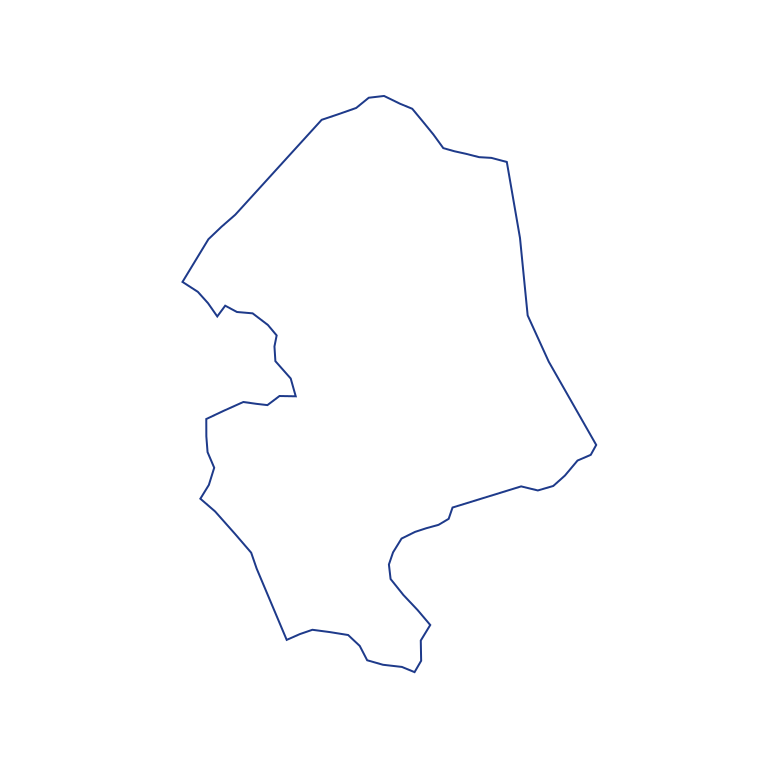 Muniz Ferreira, Bahia, Brazil, rotated 323°
{"feature_id": "56859067B35169228212454", "entity_name": "Muniz Ferreira", "entity_type": "district", "adm_level": 2, "iso_a3": "BRA", "parent_name": "Brazil", "parent_adm1": "Bahia", "projection": "robinson", "projection_center": [-39.098, -13.006], "detail": "fine", "context": "isolated", "style": "outline", "palette": "blue", "viewbox_px": 768, "rotation_deg": 323, "n_neighbors": 0, "source": "geoboundaries", "source_scale": "gbopen_adm2", "svg_char_len": 1138}
<svg xmlns="http://www.w3.org/2000/svg" viewBox="0 0 768 768"><g transform="rotate(323 384 384)"><path d="M516.8,560.4L529.0,465.3L540.0,415.7L580.5,349.2L615.7,280.6L605.8,268.0L596.5,260.1L588.0,249.5L580.3,240.5L573.3,231.3L573.6,214.6L572.9,196.3L572.2,181.2L565.5,169.9L557.4,154.0L544.1,146.2L527.9,146.8L509.4,140.9L493.2,135.5L367.1,159.3L348.9,160.6L330.9,162.7L284.5,181.2L290.8,198.4L292.1,213.6L291.5,229.7L304.3,225.9L309.9,238.0L321.6,248.5L326.8,267.0L327.5,280.6L319.1,288.1L311.0,300.4L312.8,323.5L306.1,340.7L293.3,330.7L278.2,330.7L270.1,323.0L260.8,313.7L239.7,308.9L221.0,305.0L210.6,318.9L202.1,332.2L198.0,348.7L183.4,359.2L168.3,365.1L172.4,384.1L174.8,413.9L176.4,438.8L171.2,454.8L152.3,529.8L166.3,533.1L178.9,537.2L191.5,549.6L204.3,562.9L207.0,578.6L204.3,594.5L214.2,607.6L228.0,620.7L235.0,632.5L247.1,627.4L259.0,611.0L275.9,604.3L274.8,584.8L272.5,564.2L271.9,543.7L279.3,531.1L289.9,523.9L305.0,518.0L319.8,520.8L330.9,524.6L342.8,529.3L354.5,530.6L364.4,523.9L431.9,548.3L442.8,561.6L457.8,567.3L473.4,566.0L492.5,561.6L506.5,565.0L516.8,560.4Z" fill="none" stroke="#1e3a8a" stroke-width="2"/></g></svg>